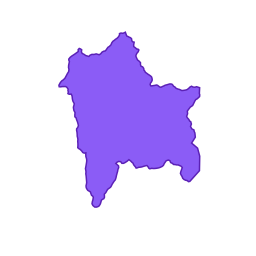 São Sebastião do Paraíso, Minas Gerais, Brazil, rotated 205°
{"feature_id": "56859067B47748239020131", "entity_name": "São Sebastião do Paraíso", "entity_type": "district", "adm_level": 2, "iso_a3": "BRA", "parent_name": "Brazil", "parent_adm1": "Minas Gerais", "projection": "equal_earth", "projection_center": [-46.997, -20.902], "detail": "fine", "context": "isolated", "style": "filled", "palette": "violet", "viewbox_px": 256, "rotation_deg": 205, "n_neighbors": 0, "source": "geoboundaries", "source_scale": "gbopen_adm2", "svg_char_len": 3991}
<svg xmlns="http://www.w3.org/2000/svg" viewBox="0 0 256 256"><g transform="rotate(205 128 128)"><path d="M124.8,42.3L123.3,42.9L122.1,43.9L121.2,45.3L121.0,47.7L121.3,49.7L121.6,51.4L120.9,52.7L120.1,53.6L120.0,55.1L120.6,56.4L121.5,58.0L120.8,60.1L120.7,62.0L120.5,63.8L119.7,65.3L118.8,66.9L118.6,68.3L118.6,70.2L118.4,71.7L118.1,73.8L117.6,75.7L117.9,78.0L118.4,80.1L118.9,82.9L119.1,84.3L119.6,86.1L119.7,88.2L120.6,89.7L122.6,90.3L124.0,90.7L123.5,92.3L122.4,93.7L120.4,94.4L118.6,93.4L117.1,94.1L116.0,95.5L114.8,97.4L113.8,99.7L111.5,99.2L110.0,98.6L108.5,98.2L107.4,97.1L105.8,96.3L104.7,95.8L103.7,95.1L102.6,95.9L101.7,96.9L100.6,97.5L99.1,98.5L97.4,100.1L96.2,101.1L95.0,102.0L93.6,101.4L92.0,100.3L91.0,100.2L89.6,101.4L87.4,102.2L85.5,103.3L83.5,104.7L82.3,105.8L80.8,107.6L80.1,109.1L80.1,111.2L79.5,114.5L77.9,116.0L76.3,116.1L74.7,114.7L72.9,114.7L71.3,114.2L69.7,114.8L68.3,115.1L66.7,115.8L65.5,115.7L64.3,115.9L63.2,115.6L62.1,115.1L61.9,113.3L61.7,111.0L61.3,109.0L59.9,107.8L58.5,106.9L57.2,105.6L55.5,105.0L53.7,105.0L52.0,105.4L50.6,104.9L49.4,105.7L45.2,119.5L51.1,132.8L56.4,139.1L57.7,139.5L64.0,141.2L63.1,148.1L65.3,151.8L66.6,152.9L67.4,154.1L69.8,154.2L72.0,155.8L72.2,158.4L73.9,160.3L75.0,160.3L76.4,161.4L78.7,162.4L79.8,163.4L80.0,166.1L81.4,168.4L80.4,173.2L78.9,175.7L78.8,180.9L78.6,182.4L77.6,183.7L76.4,186.7L77.0,188.4L77.9,189.4L80.1,194.8L81.7,194.6L83.3,194.4L84.6,193.2L86.4,192.6L88.1,192.7L89.2,191.2L89.7,189.7L90.6,187.9L91.6,186.9L92.6,186.2L93.8,185.4L95.0,184.7L96.4,184.7L97.7,184.7L99.2,184.4L101.2,184.3L102.8,185.0L104.4,185.1L105.4,185.8L106.8,186.3L108.6,185.7L109.8,184.7L111.0,183.6L112.4,182.5L113.2,181.4L114.2,180.3L115.4,178.8L116.9,178.6L118.0,178.9L119.3,179.2L120.4,179.0L121.5,178.1L122.7,177.3L123.7,176.6L125.0,175.8L126.3,176.6L126.6,178.3L126.2,179.8L126.3,181.7L127.3,183.3L128.3,184.3L129.5,184.7L131.1,185.0L132.7,185.2L134.5,185.6L135.8,185.8L136.7,186.6L137.9,187.1L139.0,188.7L140.6,189.6L142.3,189.5L143.5,190.7L144.3,192.5L146.2,193.3L148.1,193.7L149.7,195.0L151.4,196.6L151.6,199.2L151.0,201.3L151.1,203.3L152.2,203.7L153.5,203.3L154.8,203.7L156.0,204.0L157.2,204.2L158.0,205.8L158.7,208.4L160.2,208.1L161.4,208.7L162.6,210.5L164.0,210.9L165.2,210.8L166.4,210.9L168.1,210.9L169.7,212.5L170.9,213.7L171.8,212.5L172.8,211.6L174.5,211.1L175.6,210.0L175.0,208.6L175.2,206.6L175.9,204.6L176.9,203.0L177.5,201.6L178.3,200.3L178.7,198.4L178.6,196.1L179.4,194.0L180.3,192.6L180.6,190.9L180.8,189.5L181.4,188.0L182.5,187.3L183.6,185.8L184.1,183.7L185.1,182.2L187.0,181.9L188.2,181.7L189.1,180.9L190.1,180.2L191.8,179.5L193.2,177.9L193.7,176.3L195.1,176.1L197.0,175.8L198.4,176.1L199.5,176.2L201.0,176.2L202.4,177.3L203.0,179.3L204.3,179.6L205.8,179.5L206.3,178.0L205.4,176.3L206.3,174.6L207.2,173.0L208.2,171.3L209.3,169.6L210.3,167.6L210.8,165.4L210.1,164.2L209.2,163.5L208.8,161.8L208.3,159.7L207.5,157.7L206.3,156.2L205.6,153.9L205.9,152.0L206.0,149.6L206.2,146.4L207.0,144.3L207.9,142.8L208.5,140.8L208.6,139.2L208.7,137.6L207.8,136.3L206.5,136.8L205.0,137.8L203.5,138.5L202.4,139.1L201.0,139.2L199.8,138.6L198.6,137.8L198.2,136.4L197.3,135.5L197.0,133.8L195.6,133.7L193.8,134.7L192.4,133.6L191.6,132.4L190.8,131.0L190.0,129.9L189.1,128.9L188.0,128.1L186.9,127.2L186.5,125.2L186.3,123.8L185.5,122.5L184.4,121.0L182.5,119.6L181.8,117.6L180.9,115.7L179.4,115.3L178.0,113.7L176.5,112.3L175.1,110.7L173.9,109.1L173.8,107.2L174.2,105.6L173.7,104.3L172.5,102.7L171.4,100.8L170.5,99.0L169.5,97.8L168.6,96.5L167.9,94.6L166.8,92.7L165.9,90.8L165.2,88.9L163.9,88.5L162.5,88.4L161.0,87.9L159.8,87.4L158.7,86.7L157.1,86.7L155.7,87.7L155.1,86.2L154.1,84.3L152.4,82.4L151.5,80.7L151.0,79.2L150.4,77.1L149.8,74.9L149.4,73.2L148.3,71.7L147.5,70.4L146.9,68.7L145.6,66.7L144.1,64.1L142.4,61.1L142.0,59.7L141.6,57.8L140.6,56.2L139.6,55.4L138.1,54.5L137.0,54.4L135.1,54.2L133.9,52.9L132.6,51.6L131.1,51.3L130.1,50.4L129.4,47.8L129.2,46.2L128.6,44.1L127.0,42.9L124.8,42.3Z" fill="#8b5cf6" stroke="#5b21b6" stroke-width="1.5"/></g></svg>